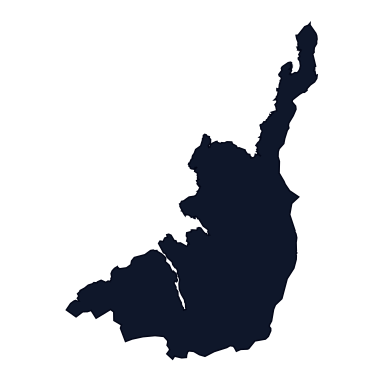 Kvam nor, Hordaland, Norway, rotated 179°
{"feature_id": "86288312B50170416612347", "entity_name": "Kvam nor", "entity_type": "district", "adm_level": 2, "iso_a3": "NOR", "parent_name": "Norway", "parent_adm1": "Hordaland", "projection": "orthographic", "projection_center": [6.141, 60.317], "detail": "fine", "context": "isolated", "style": "filled", "palette": "ink", "viewbox_px": 384, "rotation_deg": 179, "n_neighbors": 0, "source": "geoboundaries", "source_scale": "gbopen_adm2", "svg_char_len": 5978}
<svg xmlns="http://www.w3.org/2000/svg" viewBox="0 0 384 384"><g transform="rotate(179 192 192)"><path d="M118.2,46.3L115.7,51.8L115.7,54.3L117.0,55.8L116.9,57.7L114.7,61.6L112.5,73.2L110.6,77.7L104.0,83.8L98.4,103.6L91.5,114.0L89.0,122.8L88.8,126.6L89.2,128.1L88.3,129.2L89.1,130.9L88.7,131.4L88.8,139.6L88.1,144.4L88.8,148.3L89.9,150.5L89.7,151.5L94.7,167.7L92.5,178.8L85.4,185.2L94.4,191.5L98.7,198.1L99.9,201.1L104.6,209.4L104.1,221.1L105.4,225.9L105.1,230.8L104.1,233.7L99.4,238.8L98.4,243.7L95.7,251.9L94.0,254.3L94.5,256.7L94.0,259.3L89.5,266.5L86.6,272.9L86.9,276.1L90.4,280.4L89.9,282.4L82.7,287.9L79.6,289.7L77.8,289.7L75.2,291.7L75.4,292.7L74.9,293.7L71.8,297.0L67.5,300.0L65.3,303.4L64.8,306.8L66.3,306.3L67.0,310.8L68.2,311.1L67.8,312.4L67.1,312.8L67.5,314.6L66.2,315.5L68.9,327.9L67.4,329.7L67.6,330.9L67.2,334.3L64.8,338.2L64.8,340.8L64.3,342.6L64.6,346.0L65.4,348.4L71.1,356.9L71.0,358.8L72.8,356.7L76.4,355.3L83.2,347.0L85.2,346.8L84.5,343.2L83.3,340.1L83.5,337.3L82.9,335.3L84.3,335.0L83.9,334.6L84.2,334.2L83.6,332.7L83.8,332.2L83.0,332.2L83.2,333.6L82.4,331.7L81.2,332.5L80.3,332.0L82.8,327.5L81.9,326.1L82.1,325.1L83.3,324.4L83.4,323.1L81.9,321.0L81.3,316.3L82.2,312.7L83.6,310.4L85.1,309.3L87.0,309.6L90.8,307.4L91.4,307.6L91.2,308.5L92.2,308.5L90.4,311.6L90.9,312.0L90.6,312.9L91.2,312.9L90.4,314.0L92.2,313.6L89.8,316.0L90.8,316.3L90.2,317.0L91.0,317.0L90.8,317.4L91.7,317.0L90.4,318.4L90.9,318.9L90.6,319.3L91.4,319.5L90.9,319.9L91.3,320.1L93.6,319.6L99.5,315.7L100.5,314.2L100.0,312.0L103.1,308.1L102.7,306.6L101.2,305.6L100.6,304.1L100.9,302.7L101.8,302.0L101.6,301.4L102.8,297.7L103.1,294.0L104.4,293.8L104.7,292.7L105.3,293.3L105.3,291.8L104.2,291.6L104.0,290.7L104.8,287.1L106.0,285.5L105.8,284.8L108.0,282.7L106.1,282.9L105.4,281.8L105.7,279.8L107.5,277.9L106.6,276.0L105.9,271.8L111.1,270.3L109.7,269.5L111.1,268.8L110.3,268.9L111.5,268.1L111.4,267.5L112.1,267.3L112.0,266.8L112.2,266.4L112.2,267.8L112.7,268.0L112.4,266.5L113.8,266.0L114.0,265.0L114.8,264.5L114.8,263.6L116.2,262.9L117.0,260.9L119.0,260.9L120.3,258.7L122.5,258.0L122.7,257.0L122.2,256.4L122.0,253.8L121.1,252.9L120.7,251.4L122.0,248.9L122.3,246.5L123.8,245.5L122.2,245.0L122.9,243.7L122.6,243.6L122.8,242.9L124.4,240.9L123.8,240.9L125.1,240.4L127.3,237.4L125.8,236.2L125.9,234.0L126.4,233.4L125.7,232.8L126.8,231.3L125.9,231.0L124.4,228.3L122.4,226.6L124.4,228.0L125.3,229.6L125.7,229.7L125.8,228.7L126.7,227.9L128.0,228.6L128.6,226.2L129.3,225.6L132.3,224.8L132.8,225.4L132.4,226.0L133.5,227.3L133.6,228.5L136.0,229.0L138.0,232.0L138.2,233.1L144.2,235.4L145.8,235.0L147.0,237.3L150.7,239.3L151.4,241.3L156.2,241.6L158.6,240.5L161.7,240.8L162.5,239.9L165.3,240.9L166.1,241.5L166.1,242.1L167.1,242.0L170.8,240.3L172.4,239.0L173.3,236.7L174.0,236.3L174.3,236.5L173.9,237.4L174.5,236.6L175.0,238.0L172.7,240.8L172.5,244.2L173.8,245.6L173.7,247.0L175.9,247.5L176.8,248.9L178.3,249.4L179.6,248.4L179.7,247.1L179.4,246.8L180.6,244.9L180.5,243.9L182.5,237.9L187.6,234.4L189.1,230.5L190.7,228.4L191.2,226.6L190.7,225.7L192.2,224.6L193.9,220.8L194.7,220.8L195.0,219.7L194.5,219.5L194.5,217.8L193.3,217.1L193.3,216.1L192.4,215.3L189.6,214.8L188.6,216.2L188.4,215.8L186.5,216.8L188.6,214.3L189.0,212.6L186.1,210.7L186.4,208.2L185.7,207.1L186.3,206.1L186.1,205.1L185.1,204.5L187.2,203.3L185.9,200.6L186.7,200.1L185.1,197.9L184.8,198.3L184.4,197.5L184.6,196.6L184.0,197.7L183.5,197.2L185.6,193.1L186.4,192.7L186.1,192.6L186.3,191.5L188.1,188.6L189.8,187.7L195.0,187.0L200.7,183.1L202.6,182.8L203.5,180.9L204.6,180.2L204.1,179.4L204.3,178.0L202.1,173.6L202.6,173.3L201.9,173.0L200.1,169.7L199.3,169.7L199.8,169.3L199.3,168.6L199.2,169.2L196.1,169.4L193.4,167.5L193.2,166.7L191.5,167.2L190.7,166.8L190.9,166.1L189.5,165.4L189.3,165.8L189.9,167.3L188.8,167.6L187.3,166.7L186.6,165.2L185.6,165.1L181.3,157.7L176.8,154.3L176.4,153.0L176.8,152.2L176.5,150.8L176.0,150.2L176.0,149.0L175.3,148.6L176.3,148.2L177.9,149.0L178.3,150.1L179.4,150.1L181.1,151.8L183.9,155.8L185.7,156.3L187.4,155.7L187.2,154.5L188.2,153.7L192.7,154.1L193.4,153.9L193.2,152.9L193.5,152.4L198.0,151.3L198.4,148.1L197.6,147.1L197.5,145.5L198.2,143.0L197.1,142.4L196.7,141.0L195.9,141.0L195.7,140.1L197.0,139.9L197.6,138.2L198.4,137.7L204.5,141.3L208.0,141.1L209.0,143.6L210.7,143.7L213.7,149.1L216.0,150.2L218.0,149.7L217.3,147.3L220.1,146.4L221.7,142.9L224.8,143.5L226.3,141.2L221.5,131.8L219.5,130.9L217.9,127.1L213.0,122.4L212.4,119.7L210.2,116.6L208.8,116.0L207.5,113.0L208.0,111.7L207.9,110.7L207.1,109.4L207.2,107.7L206.5,107.2L205.8,104.6L206.6,100.3L206.3,94.9L204.3,89.7L201.4,84.5L201.0,81.7L200.4,80.7L200.3,76.7L199.8,74.8L202.4,74.0L202.8,76.5L203.6,77.3L204.6,79.8L204.6,81.4L206.6,85.2L207.0,87.0L207.8,87.7L208.0,92.8L209.8,95.3L209.7,97.2L211.8,101.3L210.8,103.2L209.1,102.5L208.3,103.5L208.2,104.6L209.0,106.0L209.1,109.2L209.6,110.7L211.7,112.8L211.8,112.1L212.5,112.1L214.4,115.0L216.0,119.1L219.7,122.6L220.1,123.6L219.6,124.3L219.5,126.1L220.2,127.5L223.5,130.6L227.8,133.2L228.1,134.1L230.4,133.9L231.7,134.6L234.4,134.2L240.2,130.1L250.8,127.5L253.6,124.1L254.3,120.4L258.8,117.3L266.0,116.4L266.8,117.4L267.6,117.2L267.9,118.7L270.8,117.0L273.1,114.6L274.3,111.8L273.7,108.6L274.5,106.8L274.2,106.0L275.6,103.9L277.5,104.4L279.7,103.1L284.4,105.3L288.2,103.7L288.5,103.3L287.9,103.5L288.6,102.8L291.7,103.1L293.1,101.9L297.3,100.7L301.0,97.8L305.6,95.4L305.9,94.3L308.2,92.2L306.9,89.9L308.5,87.8L306.7,85.0L308.6,84.8L310.3,85.6L312.1,84.9L315.3,82.6L319.7,76.3L310.1,69.2L303.3,74.2L298.7,74.2L294.9,75.4L290.1,67.5L275.5,76.0L272.3,73.5L272.3,64.9L264.8,60.3L265.9,57.1L261.1,43.7L254.3,46.1L243.6,48.2L231.5,49.1L222.7,48.1L218.9,43.8L218.9,41.9L219.6,39.2L217.8,36.7L217.0,34.5L220.0,30.6L214.3,25.2L212.3,28.2L205.3,26.4L200.5,26.7L200.2,29.3L199.1,32.4L197.8,33.2L193.0,32.6L187.4,29.2L181.9,27.5L172.6,32.1L159.9,35.9L156.7,37.7L153.6,37.2L152.3,35.8L150.4,32.0L146.1,33.8L139.1,34.0L138.0,34.5L131.7,42.0L121.1,43.7L118.2,46.3Z" fill="#0f172a" stroke="#020617" stroke-width="1.5"/></g></svg>